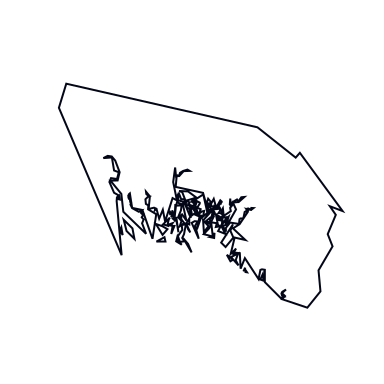 outline of Kikori District, Gulf, Papua New Guinea, rotated 17°
{"feature_id": "67681753B67388913989028", "entity_name": "Kikori District", "entity_type": "district", "adm_level": 2, "iso_a3": "PNG", "parent_name": "Papua New Guinea", "parent_adm1": "Gulf", "projection": "robinson", "projection_center": [144.53, -7.347], "detail": "fine", "context": "isolated", "style": "outline", "palette": "ink", "viewbox_px": 384, "rotation_deg": 17, "n_neighbors": 0, "source": "geoboundaries", "source_scale": "gbopen_adm2", "svg_char_len": 6199}
<svg xmlns="http://www.w3.org/2000/svg" viewBox="0 0 384 384"><g transform="rotate(17 192 192)"><path d="M235.7,111.0L40.1,125.2L40.1,150.4L143.2,273.0L122.6,222.7L121.8,219.2L122.7,216.6L117.7,215.5L110.1,206.6L110.5,202.4L116.5,201.5L116.2,194.5L111.2,194.2L105.3,182.4L97.3,185.5L100.8,182.1L104.9,181.5L109.4,184.4L117.0,194.2L117.5,202.7L110.7,205.0L125.0,214.5L132.1,231.0L160.3,245.4L153.4,236.5L153.8,232.4L151.3,230.9L152.2,227.4L150.3,227.5L149.4,226.9L149.9,224.2L146.9,226.5L139.4,224.9L136.8,222.0L137.1,220.4L136.3,220.2L135.3,218.6L135.0,216.6L133.8,217.0L132.9,216.0L132.1,214.0L133.0,213.4L132.4,212.5L133.0,211.5L139.4,224.7L149.9,223.7L167.9,248.3L164.3,223.7L155.1,221.4L154.1,217.5L151.4,216.9L149.6,212.6L151.0,209.9L152.6,208.4L151.1,208.3L148.9,207.3L147.9,205.1L153.0,208.5L155.5,220.9L160.3,218.1L162.9,218.4L168.4,227.1L169.3,217.5L174.9,228.1L175.2,203.5L180.0,204.4L171.1,188.0L168.7,173.5L172.2,181.8L173.2,180.3L175.0,180.2L174.9,177.2L177.3,174.5L181.1,171.9L183.6,172.5L177.9,174.5L175.1,180.5L172.7,181.3L174.9,191.9L202.8,189.6L211.7,203.4L209.3,197.2L209.4,193.7L213.1,196.1L213.2,200.3L214.8,192.2L219.7,199.8L221.5,191.7L223.2,192.5L223.3,193.1L220.5,199.6L222.7,198.5L223.7,199.4L224.3,201.7L223.5,204.4L225.1,203.9L228.0,204.6L225.7,201.5L226.3,198.6L228.7,204.1L227.6,207.6L234.7,199.0L233.1,196.0L234.7,192.0L233.9,190.7L233.7,191.9L233.0,192.9L232.3,193.2L231.8,192.9L230.5,187.1L232.7,192.9L233.9,189.6L237.2,186.0L239.0,187.6L240.7,182.6L243.6,181.4L239.6,187.9L234.2,190.1L239.2,195.8L235.5,212.5L231.4,215.4L236.0,220.0L234.9,216.4L237.4,210.1L246.3,208.8L245.4,204.1L246.0,203.2L248.8,202.2L248.2,195.7L248.7,195.1L250.9,194.8L250.8,193.6L249.2,193.1L249.0,192.3L250.5,191.3L253.6,191.6L253.4,189.9L255.5,189.4L253.7,191.9L249.3,192.3L251.0,193.2L251.2,194.8L246.9,208.9L241.8,214.8L257.1,222.3L246.1,223.1L247.1,239.9L250.7,233.2L249.0,239.9L251.0,237.4L255.6,236.5L260.9,251.1L261.9,239.8L281.1,255.8L280.2,246.5L281.5,245.5L284.4,245.1L288.0,256.9L307.7,267.4L310.8,265.3L308.2,264.5L307.2,262.8L307.5,261.1L310.4,257.8L307.6,262.4L311.4,264.3L309.4,268.2L336.1,268.9L343.9,249.5L335.9,229.9L342.3,202.9L334.1,192.6L336.2,171.8L328.0,165.3L341.6,166.2L283.7,123.0L281.1,128.8L235.7,111.0ZM240.6,211.0L234.7,231.9L240.2,234.8L244.9,223.5L240.0,217.8L240.6,211.0ZM203.5,191.0L196.9,198.8L202.5,199.9L202.8,200.9L201.5,205.6L205.3,205.9L205.0,210.8L207.2,207.7L209.1,206.6L209.8,212.3L212.8,207.4L203.5,191.0ZM188.1,192.6L179.3,194.8L182.7,195.0L188.4,202.3L197.9,196.1L188.1,192.6ZM187.0,206.7L184.0,206.5L186.0,207.9L186.8,212.8L186.1,220.1L190.4,222.8L190.3,228.4L193.6,223.9L187.3,219.5L187.2,218.9L187.6,218.5L188.9,218.8L188.3,217.5L189.0,216.6L188.4,215.7L195.0,221.0L187.0,206.7ZM173.7,233.4L166.8,233.1L176.4,241.6L179.4,234.7L173.7,233.4ZM224.9,228.5L219.6,216.3L219.1,221.6L215.5,228.9L224.9,228.5ZM196.7,234.6L195.6,224.7L191.8,226.6L193.8,231.1L191.4,238.3L195.0,243.3L199.1,241.4L196.1,238.8L196.7,234.6ZM150.6,253.6L145.7,244.2L134.8,238.5L140.8,248.4L150.6,253.6ZM203.1,219.1L200.7,221.6L212.1,234.7L204.8,223.4L206.1,218.5L203.1,219.1ZM208.2,211.9L200.3,212.6L206.4,213.3L207.6,226.4L208.2,211.9ZM203.4,242.8L197.0,238.7L209.3,249.9L203.4,242.8ZM178.9,243.3L172.5,249.8L181.1,247.1L178.9,243.3ZM228.4,221.7L236.2,222.3L229.6,215.6L228.4,221.7ZM184.6,221.2L182.8,221.3L185.6,224.1L190.8,234.5L184.6,221.2ZM182.6,220.3L180.8,210.5L179.6,208.4L182.6,220.3ZM183.7,202.0L179.4,196.5L181.1,203.9L187.7,204.0L189.2,206.3L186.8,201.2L183.7,202.0ZM254.1,237.4L248.3,242.8L257.9,248.6L253.7,244.4L254.1,237.4ZM217.8,219.8L210.9,215.9L215.1,226.9L217.8,219.8ZM225.7,214.5L221.3,206.2L219.7,206.4L219.0,207.4L220.0,208.7L219.0,215.4L225.7,214.5ZM194.9,209.1L190.5,207.7L198.4,217.2L194.9,209.1ZM215.8,205.5L212.9,205.3L214.2,208.2L211.3,215.2L215.8,205.5ZM173.8,231.4L180.3,231.4L178.7,230.9L178.2,230.1L177.8,225.6L178.3,223.0L173.8,231.4ZM184.4,238.2L185.1,229.6L183.4,230.1L184.4,238.2ZM180.8,209.7L185.5,208.0L180.6,205.4L180.8,209.7ZM223.4,199.9L222.6,198.9L221.2,200.0L219.5,200.0L217.9,199.2L217.3,200.7L218.0,201.6L217.5,202.4L223.4,199.9ZM199.1,228.7L202.2,231.2L196.0,224.3L199.1,228.7ZM198.9,207.4L195.9,208.6L198.9,214.2L201.5,210.6L199.3,208.9L200.1,206.5L198.9,207.4ZM199.4,201.1L196.6,199.7L198.1,202.6L197.1,204.9L195.9,205.2L199.1,207.1L199.4,201.1ZM218.3,212.2L219.6,208.8L218.6,207.7L219.6,204.9L217.2,202.9L218.3,212.2ZM248.5,243.6L243.7,241.9L249.0,247.0L250.9,244.9L248.5,243.6ZM182.5,227.5L178.7,230.3L181.6,230.3L182.5,227.5ZM233.5,205.5L228.7,207.5L230.3,215.5L231.4,210.0L233.4,208.6L232.2,208.5L232.0,208.0L232.8,206.0L233.5,205.5ZM227.2,207.9L221.9,206.5L225.9,210.3L227.2,207.9ZM134.2,250.0L138.3,253.4L134.7,246.4L134.2,250.0ZM178.9,222.1L182.0,219.0L178.4,215.4L180.3,220.5L178.9,222.1ZM197.1,218.2L195.6,223.5L198.9,223.8L197.1,218.2ZM204.5,211.8L200.7,205.9L199.6,208.7L204.5,211.8ZM218.3,215.5L216.6,211.7L213.4,216.5L218.3,215.5ZM192.8,202.7L189.3,201.9L189.7,206.1L192.3,205.9L192.8,202.7ZM228.8,210.7L227.7,208.9L226.7,210.5L224.6,211.1L228.8,210.7ZM282.9,255.7L286.2,255.9L283.7,249.8L282.9,255.7ZM225.0,218.5L228.6,216.7L224.9,215.0L225.0,218.5ZM181.3,223.0L184.9,224.7L181.8,222.1L181.3,223.0ZM191.3,243.8L197.6,245.4L193.3,242.6L191.1,239.3L191.3,243.8ZM122.8,220.4L125.2,220.3L123.7,217.2L122.8,220.4ZM195.4,205.1L192.7,204.9L195.8,208.1L197.3,206.7L195.4,205.1ZM234.2,212.8L234.2,204.9L232.3,208.1L233.7,208.5L232.3,211.2L234.2,212.8ZM212.0,204.9L215.8,202.9L212.3,200.3L212.0,204.9ZM194.4,201.3L197.8,202.4L195.4,198.5L194.4,201.3ZM222.9,229.8L226.6,229.5L225.5,224.5L225.3,228.2L222.9,229.8ZM216.7,202.8L217.8,201.7L217.1,201.0L217.3,197.7L216.7,202.8ZM216.3,217.3L219.4,217.2L218.4,215.8L216.3,217.3ZM177.6,219.7L179.3,219.5L175.9,216.6L177.6,219.7ZM264.4,252.9L265.0,249.7L264.8,249.7L264.4,252.9ZM211.6,200.3L212.9,197.2L210.8,198.3L211.6,200.3ZM213.7,200.6L215.3,199.8L214.4,199.0L213.7,200.6ZM186.8,206.2L188.3,205.6L186.7,204.6L186.8,206.2ZM222.6,194.7L221.2,193.2L222.3,194.8L222.6,194.7ZM178.9,200.1L179.9,199.6L179.3,198.6L178.9,200.1ZM161.8,220.4L162.7,218.9L161.6,218.7L161.8,220.4ZM266.7,252.9L268.1,252.7L266.5,251.4L266.7,252.9Z" fill="none" stroke="#020617" stroke-width="2"/></g></svg>